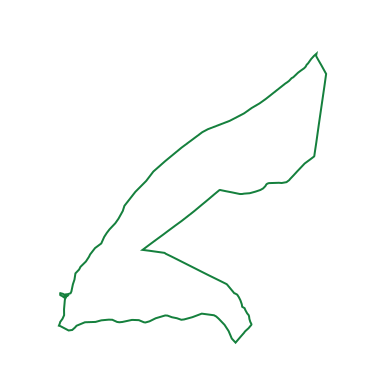 an SVG outline of Somalia, rotated 188°
{"feature_id": "SOM", "entity_name": "Somalia", "entity_type": "country or territory", "adm_level": 0, "iso_a3": "SOM", "parent_name": "Africa", "parent_adm1": "", "projection": "albers", "projection_center": [45.827, 5.144], "detail": "fine", "context": "isolated", "style": "outline", "palette": "green", "viewbox_px": 384, "rotation_deg": 188, "n_neighbors": 0, "source": "natural_earth", "source_scale": "50m", "svg_char_len": 2389}
<svg xmlns="http://www.w3.org/2000/svg" viewBox="0 0 384 384"><g transform="rotate(188 192 192)"><path d="M88.1,344.4L87.7,343.5L85.6,340.7L81.6,335.6L78.6,331.6L75.6,327.6L75.6,324.5L75.6,315.0L75.7,296.0L75.8,277.0L75.8,258.0L75.9,248.5L75.9,244.6L76.2,244.0L79.7,240.5L84.4,235.9L90.6,227.2L93.9,222.4L96.7,218.5L97.4,217.3L99.8,214.9L104.4,213.4L107.3,213.2L117.1,211.5L118.5,210.8L119.4,209.9L120.2,208.0L122.1,205.4L124.6,203.5L129.2,201.2L133.8,199.2L134.8,198.8L140.3,197.6L141.7,197.1L143.9,196.7L144.8,196.7L152.4,197.2L158.4,197.5L164.6,197.9L165.2,197.6L169.5,192.9L176.3,185.3L180.7,180.5L187.4,173.1L192.6,167.7L198.3,161.8L203.9,156.4L210.6,149.8L214.7,145.7L221.3,139.3L227.5,133.2L232.9,127.8L225.4,127.9L218.0,127.9L210.7,127.9L209.4,127.2L203.2,125.2L195.5,122.6L185.8,119.3L179.0,117.0L171.7,114.5L164.3,112.0L158.5,110.1L151.2,107.7L144.9,105.6L144.1,105.0L140.6,101.8L136.0,97.6L135.1,97.5L132.9,96.6L131.0,94.4L129.0,91.5L127.1,87.8L126.3,85.3L123.8,84.3L122.6,82.3L120.4,79.4L118.8,78.0L118.2,76.8L117.5,74.3L116.2,71.5L115.0,69.8L114.7,69.1L114.8,68.6L117.1,64.9L118.2,63.6L119.3,62.3L120.3,61.0L120.7,60.1L123.5,55.8L126.0,51.9L127.9,48.9L132.2,52.4L136.4,59.4L141.3,65.0L148.0,70.3L150.7,72.1L153.1,73.0L165.4,72.9L174.2,68.1L182.1,64.7L184.8,64.0L189.4,64.9L194.5,65.2L199.1,66.2L201.4,66.0L210.4,61.9L216.1,58.0L220.0,56.3L221.5,56.3L226.8,57.7L233.6,57.0L242.9,53.6L245.8,52.9L248.1,52.9L253.2,54.4L254.0,54.3L256.7,54.0L263.9,52.3L269.5,49.9L279.9,48.1L287.7,43.5L289.1,41.4L291.4,38.7L294.9,37.7L303.8,40.9L305.2,41.1L304.7,43.0L304.4,45.0L302.6,48.4L301.5,52.2L302.4,58.1L302.9,67.5L302.7,68.9L302.1,70.2L301.8,71.3L300.9,71.7L300.5,72.3L301.2,72.5L303.9,71.5L303.9,70.3L304.0,69.8L306.3,71.0L308.0,71.5L308.4,72.7L308.3,73.5L305.7,73.2L304.4,72.6L300.6,73.6L298.2,74.8L297.6,76.6L297.1,84.0L296.2,88.9L296.1,95.2L293.0,99.5L292.0,102.4L287.4,108.4L285.0,113.5L284.2,116.0L280.2,123.0L274.7,128.4L272.7,135.3L270.7,139.6L268.5,143.5L263.6,150.4L261.1,155.3L257.9,163.6L257.0,168.9L248.1,184.3L238.9,196.6L233.1,206.9L222.8,218.9L208.6,234.4L190.1,252.7L185.0,256.4L164.6,267.7L151.4,277.1L144.6,283.5L137.5,289.1L131.9,294.4L114.8,312.3L113.0,313.9L111.4,315.5L109.2,318.6L107.7,319.7L103.6,324.9L101.0,327.5L98.2,330.1L96.9,331.9L96.1,334.1L95.1,335.3L92.5,340.3L90.2,343.7L88.0,346.3L88.1,344.4Z" fill="none" stroke="#15803d" stroke-width="2"/></g></svg>